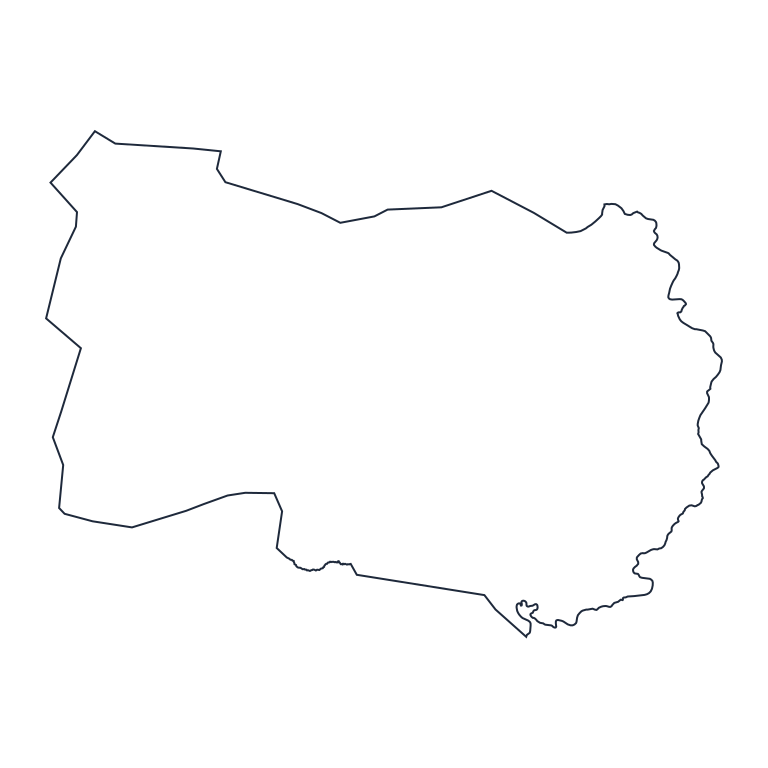 To'morbulag, Hövsgöl, Mongolia
{"feature_id": "93677404B25273038411096", "entity_name": "To'morbulag", "entity_type": "district", "adm_level": 2, "iso_a3": "MNG", "parent_name": "Mongolia", "parent_adm1": "Hövsgöl", "projection": "orthographic", "projection_center": [100.416, 49.267], "detail": "fine", "context": "isolated", "style": "outline", "palette": "slate", "viewbox_px": 768, "rotation_deg": 0, "n_neighbors": 0, "source": "geoboundaries", "source_scale": "gbopen_adm2", "svg_char_len": 6112}
<svg xmlns="http://www.w3.org/2000/svg" viewBox="0 0 768 768"><path d="M61.2,411.6L52.8,437.2L63.2,465.0L59.1,508.0L64.6,513.8L92.6,521.3L132.0,527.4L186.2,510.8L203.7,504.1L227.6,495.5L245.2,492.8L274.2,493.2L282.1,511.3L276.7,548.0L286.8,557.5L289.1,558.6L290.4,559.7L291.9,559.9L292.5,560.7L293.7,560.9L293.8,561.1L293.8,562.0L294.3,562.9L294.5,564.2L296.0,565.0L296.4,566.3L297.6,567.3L298.2,567.6L300.5,567.8L302.6,569.2L304.5,569.1L305.0,569.6L306.5,569.7L307.0,570.4L308.3,570.3L309.7,570.9L310.4,570.8L311.2,570.2L312.3,570.0L313.0,569.5L314.3,569.7L315.9,570.5L317.1,569.7L319.4,570.0L320.8,568.7L322.8,568.2L323.1,567.4L324.1,566.9L324.2,566.2L324.6,565.4L325.0,565.1L325.5,564.3L326.3,563.8L327.0,563.8L327.6,563.0L328.1,562.5L329.3,562.4L330.1,561.7L331.0,562.1L331.9,561.8L332.9,561.9L333.6,561.8L334.6,562.2L335.4,562.0L336.3,562.4L337.0,562.1L337.7,562.4L338.1,561.3L338.7,561.2L339.2,562.2L339.7,562.5L340.6,564.0L340.8,564.2L341.7,564.1L342.3,564.4L342.7,563.8L343.1,563.7L343.9,564.3L345.0,563.8L347.0,564.6L347.8,564.2L349.2,564.4L349.7,564.1L350.7,563.9L356.8,574.8L484.4,595.1L495.5,609.5L526.2,636.8L526.6,635.6L527.0,634.8L529.5,633.0L529.9,632.3L530.2,630.8L530.6,625.7L530.6,623.6L530.2,622.4L529.6,621.7L528.2,620.6L522.5,618.0L520.9,616.6L519.1,614.5L518.0,612.7L517.2,610.9L516.6,607.7L516.6,606.2L517.0,604.6L517.8,603.8L518.7,603.4L519.9,603.4L520.3,603.8L520.9,605.5L521.5,605.5L521.8,605.0L521.8,604.0L521.5,602.6L521.5,601.8L522.0,601.1L522.6,600.8L523.6,600.7L524.7,601.0L525.4,601.5L526.2,602.4L526.4,603.1L526.5,605.1L526.7,605.8L527.1,606.2L527.6,606.5L528.7,606.6L530.1,606.0L532.6,605.7L534.9,604.3L536.0,604.1L536.7,604.5L537.2,605.0L537.5,606.1L537.6,607.8L537.3,608.9L536.9,609.5L536.0,610.0L534.5,610.2L533.8,610.6L533.3,611.4L532.8,612.7L531.1,613.5L530.5,614.1L530.4,614.9L531.0,616.1L531.7,617.0L532.9,617.9L533.8,617.9L534.8,618.4L536.2,619.7L537.3,621.1L540.0,622.8L543.3,623.4L544.6,624.4L545.5,624.7L551.2,625.4L552.1,625.8L553.1,626.8L554.3,627.5L555.3,627.6L555.8,627.4L556.2,626.7L555.8,623.0L555.9,621.4L556.3,620.5L557.1,620.1L558.1,620.0L561.7,620.8L563.4,621.5L567.8,624.4L570.5,625.3L572.7,625.3L574.5,624.5L576.1,623.0L576.5,621.8L577.1,617.7L577.9,615.2L579.6,613.1L581.4,611.3L582.7,610.6L586.2,609.6L587.7,609.6L592.6,608.7L595.1,609.7L596.6,609.9L597.7,609.0L598.8,607.8L601.2,606.7L603.1,606.2L605.3,606.0L606.6,606.1L609.3,606.9L610.4,606.9L611.5,606.2L612.4,604.9L614.3,602.9L618.1,601.8L620.7,599.7L622.6,600.1L622.9,599.7L622.9,598.3L623.2,597.9L623.9,597.5L625.7,597.4L627.7,596.5L634.1,596.1L644.6,594.9L647.0,594.2L649.0,593.1L650.7,591.4L652.0,588.7L652.7,585.4L652.8,582.6L652.4,580.9L651.3,579.7L649.8,578.8L642.0,577.8L640.1,577.2L639.5,576.5L638.6,574.7L637.9,573.9L634.7,573.4L633.7,572.5L633.2,571.3L633.0,569.8L633.5,568.5L634.9,567.0L636.8,565.6L637.3,564.9L638.2,563.9L638.2,562.1L636.8,559.3L636.8,557.8L637.1,557.1L639.0,555.0L640.7,553.5L642.9,553.1L643.7,553.3L644.9,553.2L646.4,552.6L650.9,550.0L652.6,549.4L654.0,549.1L657.5,549.4L659.2,548.5L661.2,548.2L663.0,546.9L664.4,545.3L665.2,543.5L665.6,541.9L666.5,540.1L667.1,538.0L667.3,536.0L667.8,534.9L668.6,533.8L671.4,531.5L671.7,530.2L671.6,528.6L671.8,527.4L672.8,525.8L674.5,524.0L675.9,523.0L678.2,521.8L678.6,521.2L678.0,519.7L677.9,518.7L678.3,517.5L679.6,515.6L680.6,514.7L682.8,513.5L683.5,511.7L684.7,510.4L685.0,509.0L686.5,507.5L689.3,505.6L691.6,505.3L694.7,506.3L695.9,506.1L696.8,505.7L697.4,505.1L698.5,504.8L700.9,502.8L701.5,501.5L701.7,500.3L702.1,499.1L702.8,498.2L702.7,497.2L702.2,496.5L702.0,494.2L701.6,492.8L701.5,491.8L702.0,490.8L703.9,488.4L704.0,487.6L703.9,486.3L702.1,483.3L702.0,482.3L702.2,481.3L702.9,480.2L703.9,479.6L704.8,478.6L706.3,477.1L707.6,476.4L708.6,474.8L709.6,473.8L710.2,472.6L712.9,470.3L717.4,468.0L718.4,467.2L718.6,466.3L718.3,465.0L717.8,463.5L716.0,461.7L715.4,460.4L711.8,455.6L710.3,453.3L709.3,450.8L707.6,448.9L704.2,446.4L701.8,444.2L701.3,441.2L701.2,440.1L701.2,439.4L697.8,433.4L698.2,433.7L698.6,432.3L698.4,430.1L698.8,428.1L697.7,425.5L697.7,424.1L698.3,420.8L699.3,417.9L700.4,415.2L705.1,408.3L708.5,402.8L708.7,402.1L709.0,399.9L709.0,397.9L708.9,397.0L707.1,393.2L707.1,391.7L707.6,391.0L708.4,390.5L710.4,388.8L710.2,387.2L711.4,382.1L711.8,381.3L713.6,379.0L716.0,376.9L717.8,374.7L719.5,372.3L720.4,370.1L721.0,365.3L721.9,361.5L721.8,359.7L720.8,357.5L715.3,352.6L714.5,351.3L714.0,350.2L713.4,347.8L713.3,346.8L713.4,344.1L713.0,343.0L711.4,340.7L711.1,338.1L710.8,337.3L710.1,336.2L705.1,331.2L702.9,330.5L696.3,329.2L694.9,329.2L692.1,328.2L683.4,322.9L681.3,321.3L679.8,319.4L678.1,315.8L677.8,314.2L677.4,313.4L677.6,312.8L678.8,312.3L680.3,312.3L681.3,311.5L681.8,309.7L682.8,307.7L683.5,306.9L683.8,306.1L685.0,305.4L686.0,304.1L685.8,303.3L684.4,301.6L682.9,300.1L681.6,299.3L679.7,299.1L672.2,299.6L670.9,299.4L670.0,299.2L669.2,298.7L668.4,297.6L668.3,297.0L668.5,295.3L669.2,292.7L670.0,288.8L671.1,285.9L672.7,282.3L673.7,280.4L675.2,278.4L676.7,275.6L677.7,273.4L677.8,272.6L678.8,270.1L679.2,268.1L679.0,264.3L678.6,262.5L677.6,261.0L677.0,260.4L675.4,259.4L670.0,254.9L668.6,253.3L667.8,252.9L661.6,250.7L660.6,250.2L656.6,247.7L655.3,246.6L654.0,245.0L653.9,244.1L654.3,243.0L656.6,240.3L657.3,238.9L657.6,237.5L657.4,235.8L656.7,234.4L654.9,232.9L654.2,231.9L653.9,231.0L654.8,229.3L656.0,227.9L656.4,226.3L656.5,225.2L656.3,223.0L656.0,222.1L654.9,220.7L653.4,219.8L648.0,219.0L646.0,218.3L642.7,215.5L641.3,213.9L639.4,212.8L638.0,212.4L637.1,211.6L633.3,213.1L631.7,214.5L630.2,215.0L627.7,214.8L624.8,213.9L623.4,211.0L621.4,208.2L618.0,205.6L615.4,204.2L611.3,203.9L609.2,204.3L606.9,204.0L604.4,204.4L604.5,206.2L602.6,210.0L602.1,213.5L602.1,214.6L600.9,216.2L598.9,218.2L595.3,221.5L591.4,224.7L587.6,227.0L585.9,228.4L580.6,231.1L576.2,232.0L571.1,232.6L566.7,232.7L533.9,212.9L491.5,190.8L441.4,207.3L387.6,209.6L374.4,216.4L340.3,222.8L321.5,213.1L297.7,204.1L225.4,182.2L216.9,168.9L220.8,151.3L193.2,148.5L115.3,143.6L94.9,131.2L76.9,155.1L50.5,182.6L77.0,212.1L75.9,226.7L60.8,258.4L46.1,318.4L80.9,348.2L61.2,411.6Z" fill="none" stroke="#1e293b" stroke-width="2"/></svg>